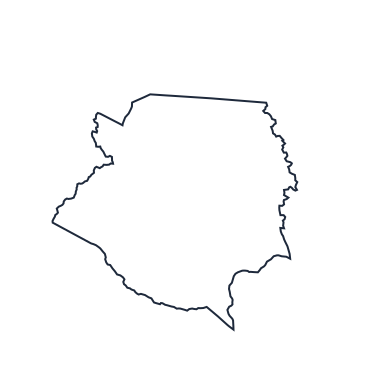 outline of Cabrobó, Pernambuco, Brazil, rotated 312°
{"feature_id": "56859067B41088445871412", "entity_name": "Cabrobó", "entity_type": "district", "adm_level": 2, "iso_a3": "BRA", "parent_name": "Brazil", "parent_adm1": "Pernambuco", "projection": "equal_earth", "projection_center": [-39.345, -8.388], "detail": "fine", "context": "isolated", "style": "outline", "palette": "slate", "viewbox_px": 384, "rotation_deg": 312, "n_neighbors": 0, "source": "geoboundaries", "source_scale": "gbopen_adm2", "svg_char_len": 3522}
<svg xmlns="http://www.w3.org/2000/svg" viewBox="0 0 384 384"><g transform="rotate(312 192 192)"><path d="M308.0,187.4L274.3,143.4L250.0,112.6L246.1,107.7L236.6,95.6L230.9,93.2L226.0,91.0L218.4,87.6L215.3,90.2L213.4,90.9L208.0,92.4L202.8,92.4L196.7,94.7L195.1,95.7L194.0,91.3L193.3,88.7L188.8,71.5L187.7,69.1L185.4,69.1L183.6,70.3L182.2,71.5L180.1,70.6L179.0,72.8L179.7,75.6L178.6,77.2L177.2,78.4L175.7,77.6L174.5,78.8L173.8,80.8L172.4,81.4L171.6,79.5L170.6,77.6L168.5,78.4L166.5,80.8L165.9,83.4L164.6,85.8L164.2,87.5L163.0,89.0L161.7,90.4L162.9,92.1L164.4,93.4L163.5,94.8L163.0,96.8L162.7,99.0L161.6,101.7L160.6,104.2L162.0,106.1L163.9,106.8L164.5,109.0L163.0,110.5L161.8,111.6L161.1,113.2L160.2,114.4L158.8,112.5L156.9,112.1L155.0,110.4L153.2,108.1L151.2,108.4L149.5,107.8L148.0,107.5L147.4,105.8L146.8,104.1L144.9,103.7L142.3,104.6L140.7,106.3L138.9,106.0L137.5,105.7L135.4,106.0L134.0,105.3L132.6,106.0L130.2,106.6L128.1,105.3L126.2,105.1L124.8,104.7L123.6,103.7L122.8,102.3L121.0,101.6L119.3,103.0L117.9,103.4L116.7,104.6L114.7,105.3L112.8,106.7L111.3,106.9L110.0,107.4L108.7,107.9L106.2,106.6L104.1,104.8L103.4,103.4L101.5,102.8L99.2,103.0L97.5,104.2L95.7,104.3L93.9,103.7L92.0,102.8L89.2,102.6L88.1,104.4L86.9,106.2L85.2,106.2L83.4,105.8L81.9,106.6L79.4,107.1L77.1,107.8L76.0,109.0L86.3,151.5L87.3,153.6L88.2,156.2L88.6,159.7L88.7,161.6L88.1,165.3L87.7,168.7L85.7,171.7L84.0,172.4L82.3,175.4L81.7,177.8L83.0,180.1L82.0,184.1L81.5,187.7L80.6,191.5L82.1,194.6L82.4,197.9L81.9,200.2L79.2,201.1L78.0,203.2L78.2,205.2L77.6,208.0L78.9,210.4L79.0,212.2L80.2,215.0L79.7,216.8L79.7,219.0L80.1,220.9L82.1,222.2L84.0,226.1L84.7,230.2L85.8,233.0L85.0,235.8L84.5,237.7L85.5,239.9L87.2,243.3L88.7,243.2L89.6,244.5L90.2,247.5L91.2,249.3L93.2,253.4L94.5,255.5L95.1,258.7L96.5,260.0L97.5,261.2L99.7,265.7L100.6,267.8L103.2,268.3L105.5,270.1L106.6,272.0L107.9,273.8L109.9,274.3L111.2,275.9L113.3,278.0L116.4,279.8L116.9,294.6L116.9,303.4L116.9,307.3L117.0,309.6L117.5,314.9L119.8,312.7L124.1,308.4L124.8,306.7L125.2,302.7L125.9,300.6L128.1,297.2L131.6,296.4L133.9,297.3L135.5,297.3L137.1,295.7L139.0,294.4L139.7,293.1L140.2,290.4L143.0,286.9L144.7,284.4L147.5,282.4L151.2,282.4L157.4,279.4L160.3,279.0L163.0,279.8L167.2,282.0L169.0,283.9L170.6,286.2L170.8,288.0L171.9,289.0L173.5,291.1L176.4,294.7L179.4,294.6L181.5,294.3L185.0,295.3L186.8,295.3L190.4,294.3L194.8,295.7L198.9,295.7L201.9,297.6L202.9,298.8L204.2,301.6L207.0,305.4L208.1,309.6L211.3,306.0L215.5,299.3L217.2,295.0L218.4,292.2L220.2,289.2L220.7,287.1L222.1,284.4L224.4,281.7L226.6,284.7L227.9,282.3L229.6,281.1L230.8,280.2L231.5,278.7L233.7,279.0L235.8,278.0L236.1,275.6L234.0,273.2L237.0,269.1L238.9,267.2L240.3,266.1L242.1,268.3L244.4,268.7L246.4,266.3L247.6,265.7L250.1,267.1L252.3,267.4L251.3,262.4L253.2,261.3L255.1,259.0L258.3,261.7L260.5,261.1L261.7,261.6L261.9,263.5L261.6,265.4L262.2,267.9L263.8,268.6L264.8,265.5L266.8,264.5L269.8,263.6L269.8,260.9L271.5,259.4L273.5,257.0L272.4,254.0L271.9,251.4L273.9,249.0L275.0,246.6L276.8,247.3L278.6,247.5L280.1,247.0L280.0,245.2L278.2,241.8L279.0,238.8L281.3,238.8L282.7,238.7L283.7,237.3L284.4,235.6L282.7,233.9L283.9,230.6L286.3,230.0L286.9,228.2L288.8,228.6L290.3,228.7L290.5,224.8L291.8,225.1L292.0,222.5L292.4,219.6L291.0,218.2L289.5,217.5L290.2,215.3L289.8,213.0L291.5,210.9L293.3,207.2L294.8,208.1L297.0,207.8L299.0,208.4L301.2,205.8L299.8,202.7L301.1,200.0L301.5,197.5L301.1,195.1L299.6,193.4L299.9,190.7L302.7,191.0L304.2,189.9L306.4,190.2L308.0,187.4Z" fill="none" stroke="#1e293b" stroke-width="2"/></g></svg>